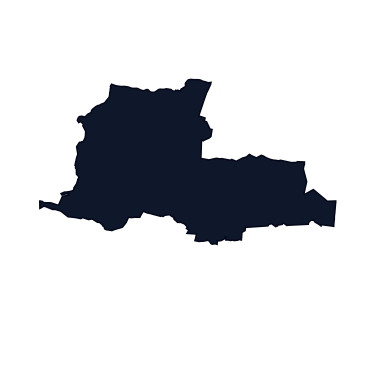 the district of Variešu pag., Krustpils, Latvia, rotated 35°
{"feature_id": "27541924B55912834696629", "entity_name": "Variešu pag.", "entity_type": "district", "adm_level": 2, "iso_a3": "LVA", "parent_name": "Latvia", "parent_adm1": "Krustpils", "projection": "albers", "projection_center": [25.991, 56.596], "detail": "fine", "context": "isolated", "style": "filled", "palette": "ink", "viewbox_px": 384, "rotation_deg": 35, "n_neighbors": 0, "source": "geoboundaries", "source_scale": "gbopen_adm2", "svg_char_len": 5774}
<svg xmlns="http://www.w3.org/2000/svg" viewBox="0 0 384 384"><g transform="rotate(35 192 192)"><path d="M72.5,286.6L72.6,286.9L76.8,292.7L78.8,288.6L80.5,287.9L87.7,286.3L90.3,284.6L95.5,282.9L104.8,283.4L105.1,283.1L110.6,280.1L113.5,278.7L116.1,277.6L116.3,277.5L117.0,275.9L117.2,275.6L123.1,273.9L124.0,273.0L125.6,271.3L126.0,271.4L126.7,271.3L131.9,271.0L133.7,270.0L137.0,270.2L138.2,270.9L139.4,270.8L139.7,270.8L140.2,271.1L141.0,271.8L141.6,272.3L143.1,272.1L143.6,272.0L146.0,270.7L148.6,269.5L149.1,268.5L151.2,265.7L155.1,260.9L155.3,259.4L155.5,255.7L155.5,254.7L155.1,252.3L154.8,251.0L154.6,249.5L154.7,249.0L157.0,247.8L158.8,246.2L160.3,245.0L161.0,244.6L162.5,243.6L163.8,242.6L163.5,241.5L163.1,235.7L164.4,235.5L167.1,234.9L170.6,233.4L171.4,233.1L171.5,233.1L171.9,233.0L180.0,230.0L179.7,229.6L182.4,228.6L182.6,228.1L182.6,227.8L182.8,227.2L183.3,226.5L184.0,225.8L186.0,224.0L186.5,223.7L186.9,223.5L188.2,223.5L189.3,223.6L190.0,223.4L190.9,223.4L192.0,223.2L192.4,223.3L192.5,223.4L192.6,223.5L192.5,224.3L193.4,224.6L194.9,224.8L195.8,224.8L197.2,225.2L197.6,225.2L200.2,223.3L200.7,223.2L204.1,222.4L205.3,222.7L206.6,222.9L208.3,223.4L208.3,224.5L208.4,225.1L211.4,225.1L211.6,228.8L219.7,223.9L221.1,226.8L221.9,229.0L222.3,230.2L226.0,228.6L228.0,226.9L229.5,225.8L229.9,225.5L230.4,224.8L231.6,223.7L232.5,222.6L232.9,222.4L233.5,222.3L234.7,222.5L235.4,222.6L236.3,223.1L236.9,223.3L237.9,223.3L238.5,223.2L239.0,222.6L240.8,221.1L241.1,220.9L242.6,220.5L240.9,217.7L243.8,215.0L244.5,213.5L244.9,212.8L245.5,211.8L245.3,210.8L245.0,210.0L245.8,209.7L246.1,210.1L247.4,211.9L249.5,210.3L251.3,209.7L252.6,208.3L254.7,207.4L257.2,205.1L258.1,203.6L259.2,203.4L260.0,203.0L257.8,199.3L256.1,196.4L257.6,193.2L256.1,190.3L273.0,176.7L273.7,176.0L273.7,175.8L273.5,174.2L274.1,173.8L275.4,172.3L280.4,172.4L281.5,170.8L281.6,169.4L282.7,168.6L284.5,166.7L284.1,165.0L288.9,165.0L288.9,164.8L305.8,151.7L305.2,150.4L305.0,150.0L305.0,149.7L305.2,148.6L305.9,146.4L307.4,145.8L307.9,145.1L308.4,145.5L308.7,145.5L309.9,146.1L314.4,145.7L317.1,145.8L316.5,144.7L326.2,139.6L327.8,138.9L325.8,135.6L324.0,132.3L323.1,131.1L322.2,129.6L321.1,127.5L316.8,120.1L315.5,117.7L314.9,116.9L308.9,121.4L308.0,122.0L307.0,121.9L305.3,121.7L290.0,120.4L285.5,129.7L284.8,129.2L284.5,128.7L280.2,118.3L279.8,117.6L269.9,109.2L268.3,105.6L268.5,105.3L266.9,102.9L261.1,106.6L260.2,108.2L256.4,111.0L249.7,113.8L246.2,115.3L245.1,116.8L243.6,117.4L240.2,119.3L237.6,120.3L234.0,121.2L232.5,121.4L229.8,121.6L227.7,122.2L225.2,127.1L219.8,128.1L217.6,128.2L217.4,128.3L216.5,132.1L214.0,135.1L210.6,141.5L206.4,142.4L205.8,142.6L205.0,144.1L203.5,144.7L197.2,147.6L195.8,148.9L192.6,150.4L187.5,156.0L180.0,159.4L176.8,154.4L170.0,144.0L171.8,143.7L172.2,142.7L175.0,138.0L175.5,136.4L175.7,135.7L174.5,133.3L173.3,130.9L172.6,129.3L170.5,130.1L166.8,127.9L166.3,127.7L163.6,126.1L161.4,126.9L161.3,126.7L160.6,124.7L160.2,123.9L153.9,125.8L152.9,122.5L149.2,110.0L149.1,109.8L148.7,108.3L148.2,106.4L147.0,102.2L147.0,101.8L146.5,98.5L145.5,93.3L145.4,92.7L144.9,92.1L144.7,91.3L143.2,92.7L142.5,93.2L138.5,94.5L137.2,95.1L136.6,95.2L135.8,95.2L135.0,95.4L133.9,95.8L132.5,96.5L129.6,98.6L128.4,99.3L126.7,100.3L125.4,101.4L124.7,102.4L124.5,102.8L124.4,103.2L124.2,106.5L124.5,107.1L125.6,108.5L125.9,109.2L125.9,110.0L125.7,110.6L125.1,111.3L125.0,111.5L125.3,111.7L124.6,113.0L124.2,113.6L124.1,113.8L124.1,114.1L124.2,114.6L124.3,114.8L124.5,115.0L124.6,115.4L124.2,115.6L124.1,115.8L124.1,116.0L124.0,116.4L123.7,116.5L123.2,116.5L122.7,116.7L122.5,116.8L122.4,116.7L122.2,116.8L122.3,116.9L122.0,117.0L121.8,117.0L121.7,117.2L121.4,117.4L121.0,117.8L120.8,118.2L120.3,118.1L120.3,118.6L120.3,118.9L120.1,119.2L119.6,119.6L118.9,120.0L118.5,120.2L117.7,120.3L116.7,120.1L116.0,120.1L112.1,122.0L111.4,122.6L110.4,123.7L109.3,124.6L106.9,126.1L106.2,126.8L106.0,127.1L105.7,127.7L105.5,128.4L104.4,131.2L103.9,131.9L103.5,132.3L102.9,132.7L101.3,133.6L100.9,133.8L100.4,133.9L99.9,133.9L97.6,133.5L97.1,133.5L96.6,133.7L96.1,134.1L95.7,134.6L95.0,135.8L94.6,136.4L93.9,137.0L92.7,137.5L91.5,137.8L90.6,138.0L89.2,138.2L87.6,138.6L87.2,138.8L85.0,140.4L83.7,141.3L82.3,141.8L79.7,142.5L78.6,143.0L76.2,144.2L75.4,144.8L73.5,146.2L72.0,147.0L71.2,147.4L69.4,148.3L68.6,148.6L65.4,149.6L64.3,149.8L64.5,152.2L65.8,153.5L65.8,154.0L66.0,154.6L66.8,155.7L67.6,157.7L68.0,158.4L68.4,159.0L68.6,159.3L69.0,160.1L69.1,160.3L69.3,160.8L69.7,161.6L69.7,162.8L69.4,166.7L69.4,168.5L68.8,170.0L67.7,171.5L67.3,172.1L66.7,173.5L65.9,174.7L65.5,174.9L64.9,175.9L64.2,177.3L64.0,178.1L63.2,180.6L63.0,182.0L62.9,182.6L63.0,182.9L63.2,183.4L63.7,184.2L63.8,184.4L63.8,184.9L63.6,185.0L62.0,188.1L61.6,190.5L61.3,192.0L58.3,193.1L56.6,194.7L56.2,196.0L56.6,197.7L56.7,198.4L57.2,199.3L57.8,199.4L59.4,200.1L60.3,198.5L60.5,198.0L62.7,198.6L62.8,198.6L64.7,199.1L64.6,200.4L69.5,202.9L69.8,202.9L72.2,206.6L72.8,207.7L72.9,208.2L73.4,208.4L73.3,208.5L74.0,213.7L72.8,214.1L72.7,214.6L72.5,215.0L72.1,215.3L71.5,215.7L71.3,216.1L71.3,216.3L71.5,221.1L75.1,224.8L76.8,226.5L77.5,229.0L78.2,231.1L79.0,232.7L79.2,233.4L80.9,237.3L81.5,237.4L81.8,237.5L82.0,237.8L82.6,238.8L82.9,239.2L84.6,239.9L84.8,240.4L85.2,241.0L85.5,241.3L85.8,241.9L86.1,242.4L86.7,242.8L86.7,243.0L87.2,243.7L87.4,243.8L87.8,243.9L88.4,243.9L89.6,244.1L90.8,245.0L91.1,245.2L91.2,247.3L91.5,247.5L92.1,249.5L92.7,251.4L92.9,256.4L93.3,257.1L93.5,257.4L93.9,258.0L94.0,258.2L93.7,258.8L92.7,260.5L91.9,261.4L90.3,263.0L88.7,264.4L87.6,265.2L86.3,267.3L85.8,268.1L85.6,268.4L86.8,269.0L89.8,265.9L92.2,263.9L93.2,265.0L88.3,269.8L88.7,271.4L90.2,279.5L83.6,281.5L82.3,282.0L81.6,282.4L78.9,284.3L76.9,285.6L76.1,285.7L74.8,285.6L72.5,286.6Z" fill="#0f172a" stroke="#020617" stroke-width="1.5"/></g></svg>